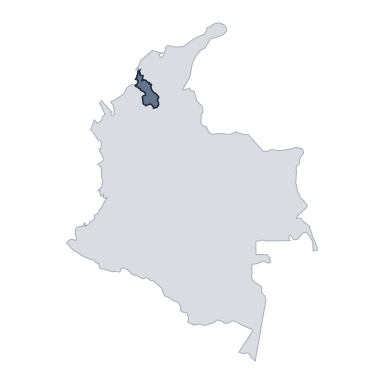 Colombia, with Sucre highlighted
{"feature_id": "COL-1417", "entity_name": "Sucre", "entity_type": "Department", "adm_level": 1, "iso_a3": "COL", "parent_name": "Colombia", "parent_adm1": "", "projection": "albers", "projection_center": [-75.178, 9.212], "detail": "fine", "context": "in_parent", "style": "filled", "palette": "slate", "viewbox_px": 384, "rotation_deg": 0, "n_neighbors": 0, "source": "natural_earth", "source_scale": "10m", "svg_char_len": 5941}
<svg xmlns="http://www.w3.org/2000/svg" viewBox="0 0 384 384"><path d="M223.3,34.6L219.0,36.5L210.5,38.8L204.8,48.4L200.8,50.1L196.0,55.9L192.4,62.9L189.8,77.3L182.6,89.5L183.2,90.0L186.1,89.5L188.8,88.1L189.8,88.5L190.8,90.7L194.1,91.2L196.8,101.0L201.9,106.0L202.4,107.9L203.1,112.0L201.3,114.5L200.9,123.5L202.5,125.7L206.3,126.6L208.8,132.2L210.4,133.5L212.7,134.3L218.2,133.4L228.2,134.3L230.6,134.1L236.2,132.0L243.3,134.4L248.5,134.7L263.1,151.4L264.5,150.9L266.3,151.8L269.9,150.1L273.0,149.7L277.1,150.5L282.5,150.4L293.3,148.4L294.9,147.4L300.9,148.3L302.6,149.5L303.6,152.6L302.9,154.6L300.9,156.6L299.8,159.2L299.6,162.3L298.6,164.6L296.7,166.1L296.0,168.2L296.5,171.0L295.7,183.8L296.6,184.8L297.3,190.1L300.0,196.8L301.2,198.7L303.4,200.3L307.4,205.8L306.5,207.7L296.8,216.6L296.4,218.7L298.3,217.8L301.3,218.6L302.4,220.6L309.9,226.6L309.8,228.9L312.0,233.4L311.7,234.5L317.1,247.3L317.3,250.1L313.1,250.9L312.7,242.2L312.1,240.5L307.1,232.8L306.1,232.2L302.9,233.2L297.7,239.0L295.2,239.9L293.2,239.1L291.1,235.8L289.8,235.2L288.6,238.1L290.3,240.6L266.7,241.0L262.1,240.0L255.8,241.4L256.0,254.6L267.1,254.6L270.2,258.3L270.0,261.3L270.5,262.4L267.8,263.1L263.9,261.1L257.0,263.7L251.9,264.3L251.8,278.8L254.9,282.4L260.9,286.2L261.9,288.8L261.5,291.3L262.9,294.4L264.9,296.0L265.0,297.8L266.0,299.9L255.2,361.0L250.9,357.3L249.3,354.0L247.2,352.7L243.3,353.8L238.9,352.1L252.5,331.3L252.0,329.5L240.4,324.6L239.2,323.3L233.7,320.7L230.7,321.5L229.0,322.9L224.8,323.3L221.4,321.2L217.3,319.8L212.5,323.3L211.1,323.3L207.7,324.8L204.0,325.4L199.2,323.9L195.3,325.0L192.6,324.8L191.6,323.7L188.2,322.5L187.8,321.1L188.7,318.6L187.2,313.5L186.7,312.7L184.0,312.6L181.0,310.8L180.4,309.7L181.0,307.7L180.4,305.9L177.4,301.9L173.3,300.9L169.3,297.5L165.3,296.3L163.5,293.9L161.8,288.5L157.6,284.3L154.8,282.8L153.8,280.8L150.8,280.6L146.8,277.8L145.0,277.6L143.8,278.9L140.1,277.6L136.9,275.5L133.6,275.0L131.5,273.7L127.6,269.8L123.4,267.9L121.0,268.6L120.2,271.5L118.8,272.0L113.9,271.2L113.1,271.8L111.8,271.7L106.0,269.5L100.1,268.7L98.7,263.8L94.9,262.0L93.8,259.7L91.2,259.9L81.3,255.4L77.2,252.2L73.7,250.5L70.1,247.0L69.5,245.6L66.7,243.5L68.1,240.9L71.5,239.0L76.0,240.6L76.5,237.5L75.0,234.8L75.8,228.7L77.0,227.4L79.4,226.2L80.9,226.7L81.9,225.7L85.5,226.2L86.6,225.7L89.4,223.3L90.6,221.4L91.8,221.6L94.8,218.3L94.3,215.0L97.1,214.3L100.1,208.9L101.3,208.8L102.0,206.2L107.1,197.3L105.3,198.3L103.3,197.7L103.6,194.7L103.0,194.3L101.3,196.6L99.9,194.3L100.4,190.5L98.1,191.2L98.2,190.3L101.5,187.4L102.9,180.8L101.8,178.4L101.2,168.5L100.6,166.6L98.0,164.2L102.2,161.4L103.8,159.2L101.9,154.8L99.4,151.1L99.3,148.9L100.8,149.1L101.5,143.0L100.0,140.6L98.3,140.6L92.7,131.4L90.7,129.6L92.2,125.2L94.0,123.3L93.6,120.0L94.8,120.1L97.2,123.2L98.1,122.7L102.0,119.9L102.1,117.2L105.1,114.5L100.9,105.1L99.5,103.7L101.2,100.7L102.2,100.9L103.9,103.8L106.5,105.7L110.4,110.9L112.1,112.1L110.9,113.2L110.6,114.5L111.2,115.2L113.4,115.3L114.3,113.9L113.7,107.6L112.8,104.4L110.8,102.2L111.4,101.3L115.5,99.7L123.8,93.8L126.7,88.1L128.9,86.1L131.3,84.7L134.4,85.1L136.7,84.3L137.4,82.5L135.9,78.6L137.7,73.3L137.6,70.5L138.7,68.9L138.3,68.3L135.3,70.2L138.4,66.4L140.6,60.6L152.7,50.4L160.5,52.9L163.0,52.7L159.8,54.0L159.3,55.5L160.4,57.0L161.6,57.5L162.6,56.5L165.2,50.5L165.6,47.2L166.8,46.1L168.4,45.7L176.1,47.1L183.4,46.5L195.2,38.0L204.1,34.3L206.3,30.8L206.9,28.1L208.5,27.1L210.2,27.1L211.2,25.6L215.3,23.3L219.7,23.0L224.3,25.0L226.5,28.4L226.9,30.8L223.3,34.6ZM85.6,225.1L85.1,225.5L84.0,224.7L83.7,223.7L84.3,222.9L85.2,223.2L85.6,225.1Z" fill="#d9dde1" stroke="#a8b0b8" stroke-width="1"/><path d="M135.5,85.0L136.0,85.2L136.3,85.0L137.1,84.3L137.6,83.4L138.0,82.1L138.0,80.9L137.8,80.3L137.5,80.0L137.4,79.9L137.1,79.5L136.8,79.5L136.5,79.3L136.3,79.1L135.9,79.2L135.7,79.3L135.4,79.4L135.4,79.2L136.5,78.1L136.7,77.5L137.0,76.4L137.0,75.9L137.2,75.5L137.4,74.9L137.6,74.3L137.7,73.8L137.7,73.4L138.0,72.3L138.0,71.6L137.9,71.2L139.8,70.2L138.9,71.8L138.8,72.1L138.8,72.3L139.0,72.4L139.3,72.5L139.7,72.3L140.0,72.3L140.0,73.0L140.1,73.3L140.2,73.6L140.2,73.8L140.2,74.0L139.9,74.4L139.8,74.6L140.0,74.8L140.4,75.1L142.0,75.6L142.3,75.7L142.6,75.5L143.0,75.5L143.0,75.9L142.9,76.2L142.7,76.8L142.8,77.3L142.7,77.6L142.5,78.3L142.5,78.7L142.4,79.0L142.4,79.3L142.2,79.6L142.0,80.5L142.4,80.1L142.8,80.3L143.2,80.0L143.3,79.8L143.6,79.7L143.9,79.7L144.2,79.9L144.8,80.3L145.1,80.3L145.4,80.3L145.6,80.3L145.9,80.4L146.7,81.1L147.1,81.6L148.0,82.4L148.2,82.5L148.8,82.5L149.4,82.7L149.0,83.7L149.0,83.9L149.2,84.0L149.5,84.1L149.9,84.2L150.4,84.1L150.6,84.0L150.8,84.0L151.4,84.5L151.5,84.6L151.6,84.8L151.3,85.3L150.8,86.3L150.8,86.5L151.0,86.7L150.9,87.1L150.9,87.4L151.0,87.7L151.3,88.3L151.4,89.2L151.5,89.5L151.5,89.8L151.8,90.1L152.0,90.2L152.4,90.5L152.7,91.3L153.1,92.0L154.0,92.6L154.5,92.8L156.5,94.3L157.4,95.3L158.5,96.9L158.7,97.1L158.8,97.3L158.8,97.5L158.7,97.6L158.6,97.8L158.3,98.3L157.8,98.7L157.6,99.1L158.0,101.5L158.2,102.1L158.4,102.3L158.4,102.9L158.5,103.5L158.7,104.2L158.7,104.5L158.6,104.8L158.3,105.6L158.2,105.8L157.9,105.8L157.7,105.7L157.6,105.9L157.5,106.4L157.3,106.9L157.0,107.2L156.5,107.5L156.1,107.7L155.5,107.7L154.9,107.6L154.7,107.7L154.2,108.1L153.5,108.3L153.6,107.1L153.5,106.8L153.2,106.6L152.9,106.4L152.5,105.9L151.9,105.0L151.2,104.4L150.7,104.1L150.0,104.1L148.9,104.5L148.0,104.7L145.9,105.8L145.1,105.0L144.5,104.6L143.6,104.2L143.4,104.0L143.3,103.7L143.1,103.4L143.0,102.3L143.0,101.4L142.6,100.1L142.6,99.7L142.6,99.4L142.7,98.9L142.3,97.6L142.4,96.8L142.5,96.6L142.7,96.4L142.9,96.3L143.3,95.9L143.6,95.7L143.8,95.6L144.1,95.6L145.1,95.3L145.4,95.1L145.4,94.1L145.5,94.0L145.6,93.9L145.2,93.3L145.1,93.1L145.3,92.7L144.4,92.1L140.9,90.4L140.3,89.6L140.2,88.7L139.9,88.5L139.6,88.5L139.4,88.5L139.4,88.4L139.3,88.2L138.5,88.1L138.2,87.7L137.9,87.3L136.8,86.8L136.2,86.6L135.5,86.3L135.5,85.1L135.5,85.0Z" fill="#64748b" stroke="#1e293b" stroke-width="1.5"/></svg>